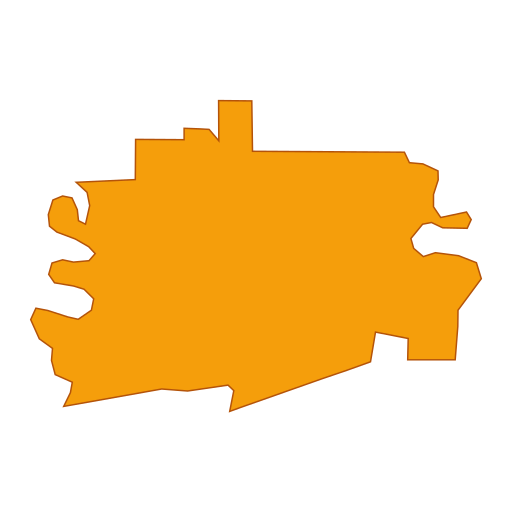 Dois Lajeados, Rio Grande do Sul, Brazil (Robinson projection)
{"feature_id": "56859067B92510091629986", "entity_name": "Dois Lajeados", "entity_type": "district", "adm_level": 2, "iso_a3": "BRA", "parent_name": "Brazil", "parent_adm1": "Rio Grande do Sul", "projection": "robinson", "projection_center": [-51.855, -28.973], "detail": "fine", "context": "isolated", "style": "filled", "palette": "amber", "viewbox_px": 512, "rotation_deg": 0, "n_neighbors": 0, "source": "geoboundaries", "source_scale": "gbopen_adm2", "svg_char_len": 1102}
<svg xmlns="http://www.w3.org/2000/svg" viewBox="0 0 512 512"><path d="M63.7,406.4L161.7,389.0L187.6,391.0L228.0,385.1L233.8,390.6L229.7,411.4L240.4,407.5L322.7,378.5L346.8,370.3L370.5,361.8L375.5,332.1L408.2,338.5L407.7,359.8L455.2,359.8L457.8,326.5L458.0,310.2L481.3,278.7L476.4,262.7L458.6,255.7L435.4,252.7L423.3,256.6L413.7,248.4L410.9,238.5L422.6,224.2L431.5,222.5L442.7,227.8L467.2,228.3L471.2,219.6L466.5,212.0L440.7,217.5L433.5,206.8L433.5,194.5L438.2,179.9L438.0,170.9L422.9,163.9L409.4,162.7L404.4,152.2L252.5,151.3L251.8,100.9L218.6,100.6L218.8,140.8L209.1,129.4L200.0,128.9L184.1,128.3L184.1,139.7L135.6,139.4L135.3,179.6L76.2,182.3L87.1,192.4L89.7,205.6L85.5,224.2L78.5,220.7L77.3,209.7L72.0,197.9L62.6,196.0L52.9,200.0L48.3,214.6L49.5,226.2L56.9,232.1L75.3,239.0L88.7,246.7L95.2,253.6L89.0,260.7L73.5,262.1L62.6,259.8L52.0,263.0L48.7,274.4L54.5,282.8L73.5,286.0L84.0,289.2L93.7,298.8L91.4,310.2L78.2,319.3L67.6,316.9L47.8,310.5L35.9,308.2L30.7,319.6L39.3,338.8L52.5,348.4L51.5,360.4L55.2,374.6L72.3,382.2L70.4,392.7L63.7,406.4Z" fill="#f59e0b" stroke="#b45309" stroke-width="1.5"/></svg>